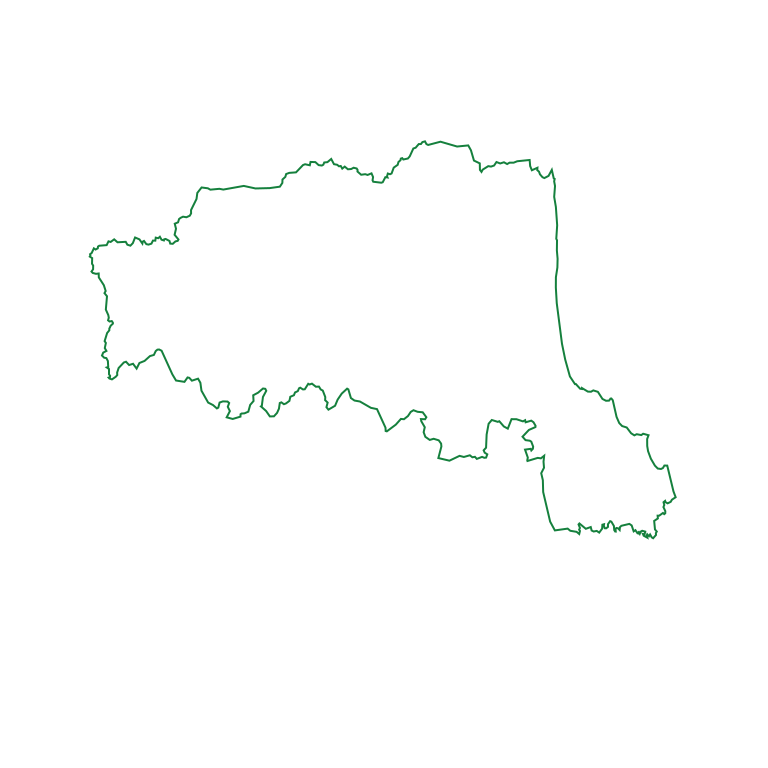 Fenerive Est, Analanjirofo, Madagascar (Albers equal-area conic projection), rotated 334°
{"feature_id": "10022922B92224420422748", "entity_name": "Fenerive Est", "entity_type": "district", "adm_level": 2, "iso_a3": "MDG", "parent_name": "Madagascar", "parent_adm1": "Analanjirofo", "projection": "albers", "projection_center": [49.228, -17.25], "detail": "fine", "context": "isolated", "style": "outline", "palette": "green", "viewbox_px": 768, "rotation_deg": 334, "n_neighbors": 0, "source": "geoboundaries", "source_scale": "gbopen_adm2", "svg_char_len": 6166}
<svg xmlns="http://www.w3.org/2000/svg" viewBox="0 0 768 768"><g transform="rotate(334 384 384)"><path d="M596.5,613.6L597.1,607.4L602.8,581.5L600.3,580.2L597.8,581.8L595.7,581.8L593.0,580.0L591.7,576.1L591.1,568.1L591.9,560.1L593.4,555.1L596.4,548.8L599.3,546.0L595.1,542.3L592.9,542.7L589.1,539.9L586.5,539.9L584.5,536.6L583.1,529.5L579.6,526.2L578.3,522.2L578.6,515.5L582.5,498.9L582.0,496.7L581.2,496.4L579.0,497.6L576.2,496.4L573.8,493.2L572.8,484.8L569.3,481.5L566.7,481.7L563.9,480.2L560.2,474.5L559.8,475.3L558.2,474.2L556.4,468.1L555.6,467.8L554.4,458.7L557.6,441.4L561.6,425.9L574.7,387.1L580.7,372.7L585.3,363.4L590.9,355.3L594.9,347.6L597.9,339.8L602.5,330.7L602.5,329.0L609.2,317.3L616.1,300.2L619.0,290.4L624.5,281.0L625.8,276.4L627.3,274.5L626.7,273.6L628.7,265.1L623.1,269.1L618.4,269.2L617.1,267.6L616.1,263.9L616.4,261.1L615.5,259.0L616.7,256.9L610.6,256.7L610.9,252.2L613.1,246.5L601.4,242.2L597.5,241.9L593.8,240.1L591.1,240.3L589.0,237.3L585.1,236.7L582.4,233.8L578.7,235.9L575.5,235.5L573.2,233.9L566.7,234.6L564.6,236.1L564.1,233.6L566.8,227.7L562.8,222.6L564.6,212.1L564.3,206.5L553.8,202.6L541.0,191.0L528.5,188.5L527.3,187.0L527.2,183.9L524.6,183.4L522.4,184.5L520.4,183.6L516.0,185.5L513.6,185.2L506.9,190.7L504.3,191.8L499.8,190.7L499.4,189.0L497.9,188.8L496.9,190.1L494.3,190.8L492.4,193.0L487.6,193.8L483.1,198.1L481.4,198.1L479.7,196.5L477.7,198.7L477.7,199.9L475.9,198.7L471.3,202.1L469.8,201.9L463.0,197.5L463.0,195.9L464.9,193.2L465.1,189.2L460.9,188.9L459.1,187.2L455.2,185.9L453.3,181.4L454.1,180.0L453.9,178.3L451.5,176.3L448.8,176.4L445.7,175.2L444.0,171.4L440.9,172.1L440.7,169.1L439.0,168.6L438.0,166.4L435.4,164.5L435.2,158.6L430.4,159.8L427.4,158.7L425.6,160.3L423.9,160.4L421.2,158.6L419.6,154.5L415.3,152.2L413.2,154.9L409.4,151.9L407.2,151.7L397.7,155.2L391.4,152.7L388.1,152.4L386.1,154.6L382.4,155.7L380.8,158.7L376.9,161.0L367.1,157.8L354.2,151.9L344.8,144.5L324.8,138.8L321.6,136.4L313.1,133.2L311.5,130.9L306.2,127.4L300.0,130.4L296.6,135.5L286.8,143.1L285.4,146.1L283.2,147.6L279.5,147.5L276.7,145.5L274.0,145.5L272.1,145.9L269.8,148.4L266.2,148.2L265.1,153.3L261.2,158.1L262.6,164.0L261.3,164.9L259.1,164.4L255.6,165.4L253.4,164.1L253.9,161.4L251.3,157.9L249.9,157.6L249.1,158.5L247.3,156.8L247.1,153.4L245.0,154.0L243.0,152.4L241.3,154.9L239.2,153.8L236.5,155.9L233.5,155.5L231.7,154.1L231.0,150.2L229.5,150.3L228.4,151.8L227.6,146.8L224.5,143.2L220.0,147.3L216.7,148.5L214.4,146.3L214.2,143.0L206.6,139.8L204.9,135.7L200.6,136.5L198.9,135.0L195.6,137.6L188.7,134.9L187.2,135.1L186.2,136.6L183.7,136.7L182.7,134.9L178.7,138.1L176.7,138.5L176.5,139.7L175.4,140.5L176.9,142.9L174.3,147.9L174.5,150.1L172.8,153.4L170.4,154.7L170.9,156.5L173.4,158.7L176.0,159.6L174.4,163.2L175.5,172.4L174.6,178.4L172.6,179.8L173.5,183.7L166.6,195.2L166.4,201.2L165.7,203.8L163.9,205.8L164.7,207.5L166.9,208.1L167.2,210.0L166.8,210.9L163.9,211.8L161.3,213.9L160.7,215.3L157.5,216.8L151.7,223.0L152.0,225.2L148.8,229.3L149.0,232.6L145.4,232.7L143.0,234.8L144.0,237.7L145.8,239.0L145.9,242.3L143.6,247.8L142.1,247.6L143.4,250.0L141.1,254.7L141.4,256.6L140.8,257.6L139.3,257.5L139.6,258.7L141.5,260.6L146.1,259.9L148.2,259.0L149.1,256.8L152.5,253.3L159.6,250.6L161.9,250.9L163.2,255.2L167.3,255.8L168.4,261.7L173.4,257.9L178.9,258.3L185.9,256.3L189.9,257.0L193.3,254.3L195.4,253.8L197.0,254.4L198.7,256.6L198.0,282.5L198.6,289.7L205.6,294.6L210.3,292.0L211.7,293.1L212.8,296.8L219.2,297.7L219.5,302.4L217.0,310.0L217.8,323.6L221.1,328.0L223.1,332.7L224.7,332.6L228.1,328.6L231.6,329.0L235.7,331.2L236.5,333.2L233.6,336.0L233.6,340.8L228.0,345.0L232.7,349.1L240.7,350.4L241.8,348.3L243.0,348.1L245.7,349.2L249.9,349.4L254.6,344.1L259.3,342.1L261.5,336.8L267.0,336.6L273.3,335.0L275.2,336.3L275.2,338.5L269.5,342.6L264.6,350.1L263.6,350.2L266.2,356.6L267.2,363.1L270.9,364.8L275.2,363.1L278.8,360.1L282.0,355.4L283.7,355.5L285.2,358.3L287.4,358.5L291.6,357.7L294.2,354.4L298.1,354.6L300.3,352.6L303.4,352.6L305.8,350.6L307.1,350.6L308.8,353.4L310.5,354.0L316.0,350.6L316.9,351.8L319.4,352.1L321.6,356.6L324.4,357.8L324.7,361.1L326.1,363.1L325.5,370.0L324.0,372.7L325.2,376.0L322.1,379.6L322.8,382.7L330.5,382.1L335.5,377.7L341.8,374.1L348.8,372.0L349.6,373.2L348.1,382.1L350.2,385.9L354.7,389.2L361.8,399.7L366.7,403.5L366.2,423.9L364.9,427.0L365.8,427.8L376.8,425.7L383.9,422.8L386.5,424.4L391.5,423.3L395.8,420.8L399.0,420.5L402.0,423.7L406.4,426.4L407.5,432.4L405.5,433.7L401.8,431.7L401.2,433.8L401.7,440.7L398.5,444.7L398.0,449.6L400.6,454.3L404.6,455.0L408.5,458.6L409.2,462.6L408.2,465.3L400.4,474.4L409.2,481.6L420.4,481.7L423.8,484.6L429.9,485.7L431.3,488.6L433.8,489.3L434.6,492.0L440.2,492.5L441.8,494.3L443.5,494.9L446.0,492.5L444.4,489.9L444.5,487.3L447.8,486.0L454.1,474.4L460.6,465.6L465.1,463.6L469.7,467.9L471.3,468.0L473.1,474.7L475.7,478.4L483.2,471.5L487.6,473.7L492.5,478.5L495.0,478.4L494.5,480.5L500.3,481.5L501.6,483.9L501.9,488.0L501.2,489.1L494.1,488.8L485.4,492.1L486.6,496.5L490.2,498.9L491.1,500.4L490.6,505.7L489.4,507.5L487.3,508.3L487.5,506.6L482.0,504.8L481.0,513.2L479.3,515.4L479.2,516.1L489.8,517.8L492.4,519.6L496.5,518.7L493.3,523.8L491.1,529.4L486.2,533.1L484.6,540.1L479.7,550.9L473.0,580.5L473.4,590.5L485.7,594.5L487.1,597.6L492.3,601.3L493.7,604.4L495.7,602.0L495.5,600.5L497.0,599.3L497.3,595.5L498.5,595.0L501.9,602.6L507.1,603.2L506.4,606.7L507.8,608.5L510.8,609.3L512.3,611.9L516.7,609.6L518.6,606.2L520.3,606.5L519.4,607.8L519.2,610.4L520.4,611.1L522.7,610.6L523.8,608.2L527.1,606.4L528.0,607.4L528.4,612.4L526.9,616.2L527.1,617.9L527.6,618.2L528.6,615.7L529.8,615.3L531.1,616.3L531.8,618.5L533.3,616.1L535.2,615.5L543.2,617.3L544.6,619.7L543.8,625.9L545.9,625.6L546.4,629.3L547.0,629.8L547.0,628.9L548.1,628.7L548.2,630.8L550.0,629.2L551.7,629.1L554.1,631.2L552.3,633.3L551.0,632.3L550.9,634.2L553.2,637.4L553.4,635.7L554.7,634.5L555.4,637.0L557.2,635.9L557.4,639.2L558.3,640.6L562.3,638.9L563.0,637.2L564.5,636.2L563.8,633.5L566.8,625.5L571.2,624.9L572.2,622.3L573.6,623.0L578.2,622.2L578.8,623.8L580.1,623.5L581.1,621.6L581.2,617.1L582.9,615.6L583.4,612.8L585.4,612.3L585.2,613.6L586.6,615.6L590.0,615.6L592.1,614.2L596.5,613.6Z" fill="none" stroke="#15803d" stroke-width="2"/></g></svg>